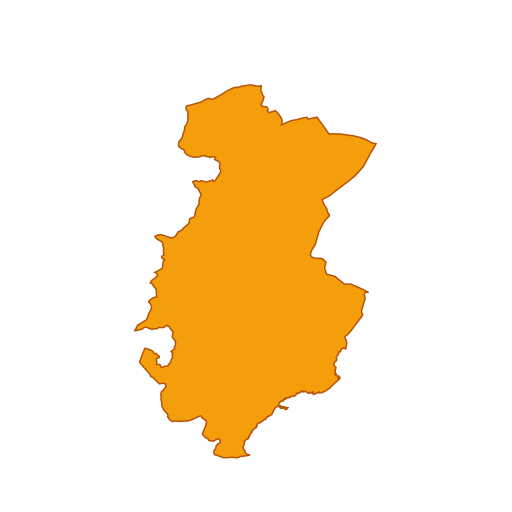 Ogan Komering Ulu Selatan, Sumatera Selatan, Indonesia (Equal Earth projection), rotated 57°
{"feature_id": "22746128B38683854456350", "entity_name": "Ogan Komering Ulu Selatan", "entity_type": "district", "adm_level": 2, "iso_a3": "IDN", "parent_name": "Indonesia", "parent_adm1": "Sumatera Selatan", "projection": "equal_earth", "projection_center": [104.077, -4.568], "detail": "fine", "context": "isolated", "style": "filled", "palette": "amber", "viewbox_px": 512, "rotation_deg": 57, "n_neighbors": 0, "source": "geoboundaries", "source_scale": "gbopen_adm2", "svg_char_len": 6158}
<svg xmlns="http://www.w3.org/2000/svg" viewBox="0 0 512 512"><g transform="rotate(57 256 256)"><path d="M272.9,399.6L281.2,411.2L283.3,411.4L298.3,409.3L299.4,409.9L300.5,409.5L301.1,408.8L310.6,406.7L312.0,403.5L313.1,402.3L314.1,401.8L315.6,402.2L316.6,403.0L317.9,406.5L318.4,409.5L321.1,411.8L321.8,411.6L324.5,413.8L327.6,414.9L330.8,416.8L335.8,417.2L340.1,416.3L341.9,416.7L342.6,417.6L343.2,417.8L343.9,417.3L345.8,417.8L349.4,416.3L350.1,414.1L353.2,410.0L357.4,402.5L358.5,398.1L359.6,390.1L360.0,389.2L362.8,389.3L366.9,387.6L367.7,387.8L368.8,388.4L371.8,391.6L375.0,396.8L376.3,398.0L380.4,397.4L383.3,395.8L384.5,396.1L385.2,395.9L388.3,392.4L388.2,389.7L389.0,386.9L390.0,386.9L391.0,386.3L393.2,388.2L392.7,390.1L393.5,392.8L395.1,394.1L396.4,397.2L398.6,398.8L400.3,398.9L401.5,397.6L406.7,393.8L408.9,391.0L411.5,386.2L415.3,381.1L415.5,378.3L416.3,377.2L419.0,371.1L419.5,369.2L418.4,370.7L416.6,371.9L415.0,372.1L413.3,371.3L411.7,371.8L408.9,370.8L407.5,368.3L406.7,368.1L406.1,367.2L405.1,366.6L405.0,365.3L404.4,364.4L405.0,363.0L405.0,362.0L404.5,361.7L404.0,360.2L403.3,360.2L403.4,359.4L401.6,356.5L401.7,355.6L401.3,355.6L400.3,354.6L400.7,354.1L399.6,351.6L400.1,350.7L399.7,350.2L400.0,349.0L399.3,348.8L398.9,347.5L398.4,347.5L398.2,346.8L397.1,345.8L397.3,344.6L398.0,344.0L398.2,343.2L397.7,341.1L398.0,340.4L397.7,337.9L398.2,337.3L398.0,336.4L397.4,336.2L397.1,334.4L397.5,333.2L397.0,332.2L397.6,331.1L397.2,330.4L397.6,329.3L394.0,323.2L393.7,321.6L394.0,318.9L396.8,318.3L397.9,317.6L398.1,315.8L399.6,315.1L400.8,315.1L401.1,313.7L400.8,312.3L400.6,311.9L399.5,313.4L398.2,314.1L397.7,314.9L396.7,315.6L396.2,316.8L395.1,317.0L393.9,318.0L393.1,318.0L392.0,317.1L391.9,315.6L391.4,315.3L391.6,314.3L391.4,313.8L391.8,313.4L391.5,312.7L392.3,312.1L391.6,311.3L391.9,310.5L391.4,309.9L392.2,309.7L392.0,308.7L391.2,308.3L392.1,307.4L392.4,305.3L392.9,305.4L393.1,304.1L392.7,303.2L393.6,301.3L394.2,300.8L394.4,299.0L393.9,296.9L393.2,296.8L393.8,295.6L394.3,295.3L394.1,294.9L394.4,294.0L394.3,292.5L393.8,291.6L394.9,291.3L394.8,290.3L395.7,290.5L396.3,289.0L396.2,288.1L399.6,287.0L400.1,285.9L399.9,285.0L400.5,284.9L401.1,282.2L401.4,282.2L401.5,283.1L401.9,283.5L403.6,283.0L404.1,279.3L404.6,278.6L404.5,277.3L405.0,277.6L405.6,277.0L406.6,274.7L406.4,273.9L407.0,273.1L407.0,266.4L405.5,259.5L405.1,255.8L404.2,251.5L404.1,252.8L403.3,253.7L403.1,252.4L402.8,252.8L402.4,252.0L401.8,251.9L401.5,252.0L401.5,252.9L399.8,253.9L398.7,254.1L399.2,253.2L398.8,252.9L397.8,253.4L397.2,252.9L395.9,253.0L395.3,251.8L394.3,251.3L394.3,250.9L392.9,249.6L390.4,250.3L388.6,248.9L387.7,247.2L387.7,245.6L385.9,244.0L385.7,244.1L385.8,244.4L384.7,244.1L383.9,242.4L383.6,240.8L382.0,239.3L381.6,238.5L382.3,238.0L382.1,237.0L381.3,236.5L380.3,234.5L381.3,232.3L381.8,231.7L382.4,231.9L382.8,231.5L378.7,227.4L375.3,226.0L373.6,226.2L372.6,225.9L371.9,224.9L371.9,221.9L371.4,221.4L371.3,219.6L363.9,199.1L363.0,198.4L361.1,198.2L359.1,197.1L351.2,187.8L347.5,186.2L346.7,185.5L345.9,183.8L348.0,181.4L342.5,184.4L331.3,191.7L327.8,197.1L315.9,201.0L309.9,206.6L303.8,205.2L299.3,200.8L295.2,201.5L293.3,202.9L290.0,207.8L288.0,209.4L285.1,210.0L283.6,208.9L281.4,206.0L278.7,200.1L269.8,189.9L266.4,184.2L263.7,179.0L262.3,172.6L260.7,171.9L257.9,172.2L254.9,170.9L249.1,170.9L244.7,169.7L245.5,162.3L243.0,131.1L241.6,124.8L239.5,117.6L236.7,112.0L231.8,103.5L230.3,99.8L227.2,94.2L224.5,97.1L218.3,100.3L214.1,103.4L208.8,108.3L199.7,118.7L194.7,126.1L193.6,128.3L172.8,129.2L169.5,137.9L167.6,137.6L166.1,140.5L163.8,147.6L161.6,152.9L159.8,163.2L157.2,160.6L154.4,159.7L149.7,159.7L144.7,160.5L142.8,167.0L140.4,167.5L139.5,165.9L137.1,165.6L133.4,169.6L131.8,169.3L130.2,166.6L127.0,162.6L124.8,162.8L119.4,161.5L116.0,158.9L114.7,162.0L109.4,167.5L106.3,174.4L104.3,180.2L102.8,182.5L101.7,190.9L101.7,197.6L101.1,206.4L100.3,207.8L98.4,209.4L97.5,211.0L96.8,218.7L93.6,229.1L92.5,231.7L92.6,233.3L95.5,234.9L96.4,234.6L98.8,234.8L100.3,236.2L105.6,239.5L107.8,242.8L108.7,245.4L110.5,246.6L112.7,249.0L113.4,250.2L115.5,252.1L117.3,255.1L117.8,257.7L119.8,259.9L121.7,261.2L125.0,260.3L127.8,258.5L130.5,259.3L133.6,258.8L136.9,256.5L139.2,254.4L140.6,252.0L142.0,249.5L142.5,247.0L143.5,244.8L145.8,243.3L147.2,241.3L148.4,241.0L148.7,239.4L150.5,236.6L151.6,236.6L152.6,238.1L156.3,235.9L157.9,235.7L159.6,236.5L162.2,238.7L165.4,239.2L166.6,240.3L170.1,248.3L170.6,249.9L170.5,250.8L168.5,251.0L168.4,252.5L166.8,257.4L162.9,261.1L162.8,263.3L160.9,264.5L159.8,265.9L159.8,267.0L159.1,267.8L159.2,268.4L159.7,268.8L164.3,269.1L165.0,269.4L168.1,267.6L169.8,268.3L174.1,268.3L175.5,269.5L176.7,271.8L179.3,274.2L181.2,275.1L184.2,280.9L189.2,285.9L189.8,287.2L189.1,288.5L188.7,291.3L191.9,294.3L192.2,295.0L193.1,302.0L193.9,303.2L193.4,308.1L195.4,312.4L195.6,313.7L195.5,315.1L194.2,317.7L187.0,323.4L185.5,325.7L184.8,327.3L184.5,329.2L184.9,330.3L187.9,329.8L192.6,327.4L194.9,327.2L196.6,328.6L199.0,329.0L201.7,331.2L204.9,332.7L204.9,334.9L205.8,335.9L207.3,335.8L209.2,334.5L209.8,336.3L212.4,338.9L214.8,340.5L215.3,342.3L214.6,349.9L216.6,348.7L218.8,349.0L219.2,351.5L219.7,352.7L219.5,354.5L219.7,356.3L220.5,358.8L221.5,359.3L223.1,357.8L224.7,358.4L229.2,357.8L236.0,361.4L236.2,361.7L235.2,364.1L235.1,368.1L235.5,370.5L236.2,371.1L237.9,370.7L241.0,370.9L242.2,371.6L243.9,373.5L245.7,377.1L249.0,381.1L249.8,382.9L249.6,393.0L250.7,395.2L251.8,396.4L252.7,399.1L252.6,398.7L254.1,394.9L254.0,394.3L255.4,391.9L255.0,389.0L255.5,387.4L257.4,385.6L258.4,385.3L259.5,384.1L260.8,383.5L261.5,381.0L263.0,379.1L263.0,376.1L264.5,374.4L265.7,372.4L265.4,368.7L266.0,368.2L266.6,368.2L267.9,367.1L268.8,367.5L274.1,367.1L274.8,366.7L275.6,368.1L278.4,370.4L283.7,370.0L287.0,372.2L287.9,374.1L289.5,374.8L289.8,379.2L292.1,378.6L293.1,380.1L295.8,381.4L296.7,383.4L298.8,386.3L299.3,387.5L299.1,388.0L299.7,388.6L300.0,390.4L298.6,392.9L298.5,395.3L297.8,396.0L295.2,395.7L294.4,396.0L293.0,398.3L290.3,396.6L288.6,396.5L288.0,395.3L288.4,392.3L287.4,391.8L285.6,392.6L283.4,392.7L282.5,394.5L279.8,394.4L277.7,395.3L273.1,399.1L272.9,399.6Z" fill="#f59e0b" stroke="#b45309" stroke-width="1.5"/></g></svg>